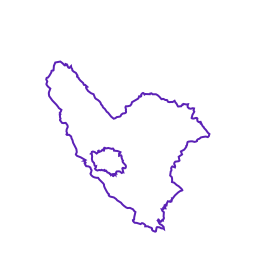 the district of Antsirabe II, Vakinankaratra, Madagascar, rotated 316°
{"feature_id": "10022922B65379850816186", "entity_name": "Antsirabe II", "entity_type": "district", "adm_level": 2, "iso_a3": "MDG", "parent_name": "Madagascar", "parent_adm1": "Vakinankaratra", "projection": "natural_earth1", "projection_center": [47.084, -19.841], "detail": "fine", "context": "isolated", "style": "outline", "palette": "violet", "viewbox_px": 256, "rotation_deg": 316, "n_neighbors": 0, "source": "geoboundaries", "source_scale": "gbopen_adm2", "svg_char_len": 5798}
<svg xmlns="http://www.w3.org/2000/svg" viewBox="0 0 256 256"><g transform="rotate(316 128 128)"><path d="M72.1,210.7L74.1,212.7L74.2,213.5L75.5,216.2L75.5,216.9L74.6,217.8L74.5,219.1L75.5,221.4L76.3,221.7L79.4,219.5L80.1,219.5L81.6,221.2L82.3,223.3L83.6,224.9L83.7,225.6L84.9,223.9L84.9,221.4L84.2,219.3L84.4,217.8L84.9,216.5L85.1,215.3L85.4,215.4L86.2,214.9L86.4,215.0L86.3,215.9L86.0,216.2L86.2,216.9L86.0,217.7L86.2,218.1L87.0,218.3L88.0,218.0L88.8,218.9L89.4,218.0L90.0,218.2L90.8,218.1L91.4,217.6L92.2,216.3L95.3,213.5L95.2,211.2L95.6,210.6L95.8,209.9L96.6,210.7L97.1,210.8L98.0,209.8L98.6,209.8L98.8,210.2L98.9,211.6L99.1,211.8L100.1,209.6L101.0,210.1L101.1,209.1L101.9,209.3L102.3,210.2L103.8,209.1L105.8,208.4L107.0,210.3L107.5,210.0L108.2,211.0L109.2,210.5L109.5,209.8L110.5,209.8L110.8,209.3L111.1,209.7L115.0,209.1L119.5,209.2L121.7,209.6L123.5,210.5L123.9,210.5L124.2,209.3L124.2,208.0L124.0,205.0L123.4,202.8L123.2,199.4L122.1,197.4L123.4,196.3L124.8,194.7L125.4,193.6L125.3,191.5L128.6,188.9L129.5,188.8L130.0,188.5L131.1,186.9L132.1,186.5L133.2,186.4L134.4,188.9L135.3,188.3L135.8,187.4L136.2,186.0L136.9,185.4L137.9,185.1L138.7,185.1L141.4,187.1L142.4,187.2L144.5,183.9L148.5,184.6L149.8,181.6L153.3,182.6L154.9,182.4L157.0,182.0L157.3,181.4L158.5,181.3L160.5,179.8L161.2,179.5L162.0,179.8L163.9,181.2L164.9,182.1L166.2,184.2L167.5,185.0L168.6,185.3L169.2,184.7L169.8,184.6L170.9,184.8L171.8,185.3L173.8,185.4L175.5,186.4L178.0,188.2L179.1,190.0L180.4,190.0L182.4,188.9L182.2,187.0L182.7,183.5L182.7,181.0L183.1,180.0L182.9,178.9L183.5,176.7L183.3,175.1L183.7,174.7L184.1,175.1L184.5,174.0L183.0,172.8L182.8,171.4L183.6,170.0L184.5,169.4L184.5,168.7L184.0,168.0L181.7,166.8L180.8,165.7L180.7,165.0L183.5,163.3L186.8,162.4L187.1,162.2L187.3,161.0L189.1,159.8L188.4,158.8L186.5,157.7L185.5,156.3L185.6,155.6L185.4,154.8L185.6,154.2L186.6,153.2L187.7,152.6L186.4,151.7L184.6,149.2L183.9,149.4L183.6,149.0L183.0,149.3L182.4,149.0L181.4,149.3L179.0,147.4L179.0,146.9L179.9,143.8L179.8,143.0L180.1,141.7L180.4,140.8L178.1,140.3L177.1,139.2L175.8,138.2L175.1,137.2L175.0,136.6L175.5,135.4L175.4,134.8L174.3,133.8L173.7,131.7L173.1,131.1L172.3,130.8L172.1,130.5L172.3,127.5L172.1,124.9L171.5,123.1L169.1,120.8L169.0,119.4L167.8,118.6L167.2,118.9L164.1,115.6L163.1,115.4L163.4,113.7L163.1,113.2L162.4,113.0L160.7,113.1L159.9,114.1L159.4,114.3L158.7,114.1L158.5,113.4L158.0,112.9L156.3,113.8L155.6,113.9L148.8,112.2L147.0,113.2L145.2,113.5L143.1,112.3L141.5,110.9L141.2,111.0L140.4,111.5L139.5,113.2L138.6,113.9L138.2,114.6L137.5,115.3L136.9,115.4L135.8,115.1L134.4,114.0L132.6,113.7L130.8,114.3L130.0,114.1L127.4,112.3L125.8,112.2L124.2,111.4L123.8,108.2L124.3,103.1L124.0,101.6L124.6,98.2L124.4,96.2L124.5,95.4L125.0,94.3L125.1,92.2L125.8,90.7L126.0,89.2L125.8,86.9L125.2,84.9L125.2,83.4L126.7,79.8L125.6,77.4L125.0,73.7L125.5,70.6L125.9,69.8L126.4,69.4L126.8,69.9L127.3,70.1L127.1,67.2L126.3,66.5L126.4,65.8L127.0,64.5L126.7,60.9L126.9,58.2L127.3,57.6L127.0,55.7L127.5,55.2L128.0,55.3L128.2,54.9L128.8,52.1L128.1,49.7L128.0,48.0L128.8,46.8L129.1,45.2L130.0,43.9L127.5,44.0L127.3,43.7L127.1,42.9L127.3,42.3L127.7,41.1L127.9,40.9L127.7,40.5L128.2,39.9L127.6,38.7L126.7,39.5L125.9,38.9L125.9,35.9L125.5,33.2L121.2,30.4L117.9,31.8L114.6,34.7L114.1,34.7L113.4,34.0L112.7,33.8L111.5,34.7L107.7,35.8L105.5,36.1L104.4,35.5L104.1,35.5L102.9,36.3L102.3,38.4L99.8,39.7L99.5,40.3L99.2,42.6L99.5,45.7L95.9,47.4L94.8,48.4L93.5,50.3L92.7,55.6L92.7,61.4L92.4,64.4L92.1,65.6L92.7,68.7L91.1,69.5L89.3,69.8L89.0,71.1L88.0,71.1L87.6,72.0L86.7,72.8L85.9,74.5L85.0,74.7L84.5,75.2L84.1,78.5L84.8,79.5L86.7,81.0L86.7,81.7L86.3,84.1L85.4,85.4L82.9,86.4L81.3,87.8L80.6,89.5L79.3,89.8L79.2,90.3L79.5,90.8L80.9,92.0L81.2,94.6L80.2,96.2L79.6,98.2L78.3,100.4L76.2,107.3L74.7,109.4L74.2,109.9L72.2,110.7L72.0,111.3L72.0,112.7L73.6,116.2L75.1,121.5L73.6,121.1L74.1,121.7L73.4,122.3L73.5,123.4L73.0,123.6L72.5,123.1L72.2,123.3L72.1,123.7L72.4,123.9L71.6,125.0L71.6,125.8L71.4,126.4L73.0,128.3L73.5,130.2L72.7,131.9L72.5,133.1L70.0,134.6L69.5,134.6L69.0,135.4L68.8,136.5L68.9,138.4L69.5,140.1L70.7,141.9L71.9,143.1L71.6,145.0L71.7,150.9L71.4,152.1L70.6,152.9L69.8,154.7L68.5,159.2L68.1,161.4L68.3,162.4L67.3,163.2L67.3,163.8L67.6,165.0L69.6,168.1L70.1,170.7L70.0,172.6L71.1,176.9L70.9,178.9L71.0,181.0L71.5,184.0L72.1,185.3L73.9,186.8L75.1,189.9L74.8,192.2L75.0,193.6L70.5,196.5L68.9,198.0L68.5,198.1L68.0,197.7L67.5,197.7L67.0,198.4L66.9,200.1L67.1,201.0L68.3,202.2L70.3,205.9L71.9,206.1L72.5,206.9L72.9,208.4L73.0,209.6L72.8,210.2L72.1,210.7ZM85.4,120.1L86.4,120.5L87.0,121.5L87.4,122.4L87.7,124.6L89.7,124.7L90.6,123.8L90.9,123.9L91.2,124.0L90.8,125.3L92.6,126.0L94.4,125.9L94.7,126.3L94.7,127.0L95.2,127.1L94.9,127.2L95.1,127.5L95.8,127.0L96.3,126.0L97.2,125.8L97.6,126.2L97.9,127.2L98.8,128.0L99.9,128.6L101.8,131.7L102.9,132.3L102.8,133.7L102.2,134.6L104.5,137.3L105.8,140.2L105.2,140.5L103.7,140.3L102.3,141.8L103.9,142.6L104.1,143.0L103.5,144.3L102.8,144.8L101.7,147.3L101.7,148.0L100.9,148.3L100.5,149.1L100.4,153.1L100.0,154.0L99.2,154.7L98.6,155.0L97.9,154.9L97.4,154.4L97.0,153.5L96.6,153.1L95.9,153.1L93.9,156.5L93.7,156.1L93.1,156.3L92.2,156.0L92.0,154.0L91.7,153.3L90.9,152.4L89.6,151.4L88.6,151.7L87.8,152.2L87.7,152.7L86.8,152.0L86.9,152.4L86.4,153.0L86.4,152.3L86.1,151.9L85.1,151.9L85.0,152.4L84.0,152.3L83.9,152.0L84.2,151.8L84.1,151.4L84.4,151.2L84.4,150.3L83.7,149.9L83.0,149.9L83.2,149.4L83.0,148.6L83.0,148.2L83.3,148.2L83.1,147.0L82.3,145.7L82.6,143.6L81.9,143.3L81.6,142.9L81.9,142.7L81.7,142.3L82.0,142.2L82.0,141.8L80.7,141.3L79.8,139.6L79.1,139.5L78.0,138.1L76.4,137.3L75.8,135.6L76.0,134.3L77.6,134.0L78.4,133.4L78.1,133.3L77.9,131.8L79.3,129.5L79.3,127.2L80.5,125.2L82.4,123.6L84.3,121.0L83.6,121.0L83.5,120.8L84.5,120.8L85.4,120.1Z" fill="none" stroke="#5b21b6" stroke-width="2"/></g></svg>